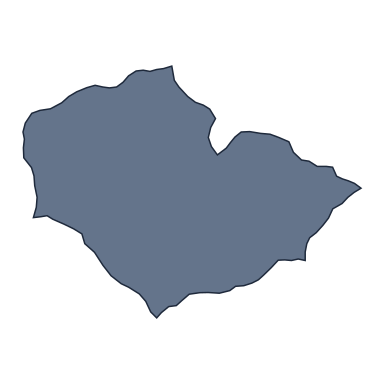 the district of Bady Bassitt, São Paulo, Brazil
{"feature_id": "56859067B36887115252517", "entity_name": "Bady Bassitt", "entity_type": "district", "adm_level": 2, "iso_a3": "BRA", "parent_name": "Brazil", "parent_adm1": "São Paulo", "projection": "robinson", "projection_center": [-49.43, -20.932], "detail": "fine", "context": "isolated", "style": "filled", "palette": "slate", "viewbox_px": 384, "rotation_deg": 0, "n_neighbors": 0, "source": "geoboundaries", "source_scale": "gbopen_adm2", "svg_char_len": 1383}
<svg xmlns="http://www.w3.org/2000/svg" viewBox="0 0 384 384"><path d="M361.0,188.2L354.5,183.4L348.3,180.8L342.4,178.9L336.6,176.2L332.6,167.2L326.2,166.4L317.2,166.4L309.0,161.2L301.5,160.0L293.4,152.3L288.9,141.8L278.9,137.5L270.0,134.2L260.7,133.4L249.7,131.6L241.2,132.0L235.0,137.0L230.5,142.5L226.3,148.1L217.4,154.9L211.4,146.6L208.3,137.5L210.7,127.5L215.5,118.6L209.7,109.1L203.3,105.1L195.4,102.3L187.7,96.5L178.9,87.0L174.3,80.3L171.8,66.1L163.5,68.6L156.7,69.5L150.0,71.4L143.2,70.2L136.1,71.0L128.6,75.8L123.1,82.2L116.6,87.0L109.4,87.9L102.8,87.0L95.1,85.3L86.7,87.7L76.7,91.8L68.8,96.5L61.7,102.8L50.4,108.8L39.9,110.4L31.8,113.3L25.3,123.1L23.0,132.0L24.4,139.1L23.4,147.8L23.8,157.8L31.5,167.6L34.0,175.9L34.7,185.6L37.1,197.3L36.3,207.3L33.4,217.6L41.0,216.7L47.1,215.7L52.9,219.3L63.9,224.1L73.6,228.8L81.9,233.9L84.8,243.7L94.5,252.3L103.0,265.4L111.1,275.8L121.2,283.7L128.6,287.2L139.3,293.9L145.8,301.4L150.7,311.9L156.7,317.9L161.4,312.6L168.7,306.6L176.3,305.6L181.8,300.6L189.2,294.2L199.7,292.7L208.1,292.5L219.4,293.2L229.8,290.6L235.6,286.3L243.8,285.7L251.9,283.1L258.4,279.8L263.6,275.1L271.3,267.6L278.2,260.2L284.7,259.9L291.5,260.5L298.2,259.0L305.2,260.5L305.2,252.0L306.8,243.7L309.7,237.7L316.2,232.7L322.9,225.3L328.5,218.1L332.8,208.8L342.1,203.5L347.9,197.3L354.1,192.4L361.0,188.2Z" fill="#64748b" stroke="#1e293b" stroke-width="1.5"/></svg>